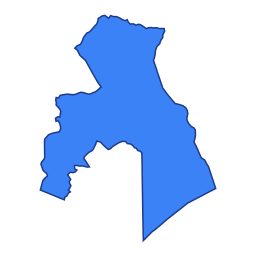 the district of Garanhuns, Pernambuco, Brazil
{"feature_id": "56859067B42903822347578", "entity_name": "Garanhuns", "entity_type": "district", "adm_level": 2, "iso_a3": "BRA", "parent_name": "Brazil", "parent_adm1": "Pernambuco", "projection": "robinson", "projection_center": [-36.525, -8.937], "detail": "fine", "context": "isolated", "style": "filled", "palette": "blue", "viewbox_px": 256, "rotation_deg": 0, "n_neighbors": 0, "source": "geoboundaries", "source_scale": "gbopen_adm2", "svg_char_len": 2451}
<svg xmlns="http://www.w3.org/2000/svg" viewBox="0 0 256 256"><path d="M143.3,237.9L143.3,240.6L151.8,232.0L155.7,229.1L167.7,218.8L182.4,207.3L187.8,203.0L189.6,202.1L204.5,194.3L207.5,192.7L215.7,188.5L208.5,166.7L206.4,163.3L204.6,159.9L201.3,157.8L200.0,155.0L197.2,148.5L195.8,145.5L193.9,142.0L194.7,139.4L195.3,136.7L195.5,134.2L195.3,130.0L193.8,127.9L191.0,126.3L188.8,123.6L187.6,121.5L186.8,118.8L187.8,113.4L187.3,110.6L185.7,107.7L183.0,105.7L178.7,104.4L175.1,103.5L170.3,97.9L166.9,93.7L162.6,87.8L161.6,84.6L158.8,76.4L157.8,73.5L157.1,71.3L156.2,68.3L155.2,65.4L154.5,63.5L153.5,60.4L154.3,58.2L155.0,55.0L155.6,50.1L156.9,46.6L159.7,43.7L160.9,40.1L162.7,37.7L162.9,34.7L164.6,31.3L164.2,28.6L161.7,28.5L159.6,28.6L156.6,27.7L153.3,27.9L151.3,27.5L148.4,27.7L146.4,28.6L143.5,26.6L140.3,24.6L138.1,24.3L136.1,25.3L133.6,23.9L130.0,24.0L128.1,21.8L127.2,19.7L125.3,20.7L122.6,19.7L119.6,17.9L116.5,16.6L113.5,16.6L110.7,15.6L108.6,18.3L106.8,16.9L104.9,15.4L102.2,15.9L98.1,18.6L97.9,20.9L96.8,23.9L94.5,26.3L91.4,29.9L89.5,31.9L86.8,33.1L85.3,35.0L83.4,37.7L82.3,40.8L80.6,44.2L78.5,45.2L76.8,46.0L74.8,48.2L77.3,50.1L79.7,55.0L81.5,56.9L83.3,58.4L85.5,60.4L92.1,72.4L96.7,80.4L97.9,82.5L101.2,87.2L99.4,88.4L97.7,90.1L95.5,91.8L93.1,92.6L91.3,93.6L88.7,94.2L86.5,93.6L83.7,92.6L80.6,92.3L78.4,93.1L75.1,94.5L72.7,94.7L67.0,94.1L60.2,95.3L58.5,97.9L56.2,97.5L55.7,100.1L56.3,102.4L56.1,104.9L57.6,106.7L60.1,109.5L60.8,111.5L60.2,114.3L60.0,116.9L57.7,116.8L55.5,118.3L56.0,121.3L58.1,120.7L59.5,123.0L60.4,125.9L60.7,128.6L59.4,131.7L52.1,133.3L48.6,134.7L44.7,139.1L44.5,141.9L44.6,153.2L44.8,157.3L44.0,159.2L41.6,162.1L40.9,164.0L43.0,170.3L44.8,172.0L46.6,173.4L47.5,175.9L45.0,178.0L42.9,180.5L41.4,186.0L40.3,190.0L64.3,199.8L64.7,197.2L66.8,196.1L68.3,193.2L70.3,191.9L68.4,190.0L69.8,188.1L70.9,185.5L69.6,183.5L69.3,181.4L70.7,179.4L68.9,176.7L67.7,174.7L70.3,172.2L73.0,172.7L75.4,171.8L76.9,170.0L74.6,168.8L74.5,165.5L76.5,165.4L79.0,166.0L83.0,166.0L85.3,166.6L87.3,167.1L89.4,166.9L83.7,158.0L84.9,156.2L87.3,153.8L89.4,152.0L91.7,150.9L93.1,149.4L95.7,144.2L96.6,141.2L100.6,142.1L102.4,144.0L104.0,145.7L106.3,147.8L108.2,149.5L110.4,148.8L112.7,146.5L116.7,144.0L119.1,142.6L122.6,141.3L125.5,141.5L127.4,143.6L130.7,144.0L132.9,145.6L134.5,147.8L136.4,148.2L137.7,150.5L139.9,151.1L141.7,152.5L141.9,154.9L142.1,166.0L142.3,182.0L143.2,235.7L143.3,237.9Z" fill="#3b82f6" stroke="#1e3a8a" stroke-width="1.5"/></svg>